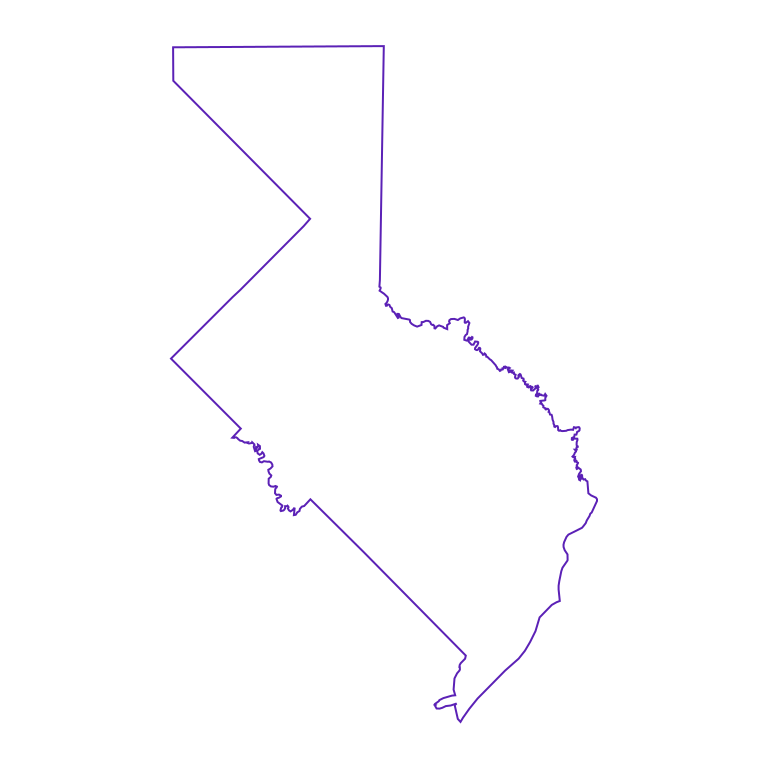 1ro. de Mayo, Chaco, Argentina
{"feature_id": "61730980B22683842441482", "entity_name": "1ro. de Mayo", "entity_type": "district", "adm_level": 2, "iso_a3": "ARG", "parent_name": "Argentina", "parent_adm1": "Chaco", "projection": "mercator", "projection_center": [-58.875, -27.18], "detail": "fine", "context": "isolated", "style": "outline", "palette": "violet", "viewbox_px": 768, "rotation_deg": 0, "n_neighbors": 0, "source": "geoboundaries", "source_scale": "gbopen_adm2", "svg_char_len": 6123}
<svg xmlns="http://www.w3.org/2000/svg" viewBox="0 0 768 768"><path d="M173.3,80.8L310.1,218.8L303.7,226.1L240.2,290.0L232.8,296.9L171.0,358.6L240.8,428.6L232.3,437.7L234.1,437.9L234.5,437.4L236.0,437.3L237.4,438.1L238.2,439.1L240.2,440.7L242.2,441.0L244.6,442.6L247.5,442.3L247.1,442.8L249.0,443.5L251.8,443.0L252.1,442.2L254.4,444.4L253.7,446.8L255.1,451.2L255.9,450.9L256.1,446.9L257.4,447.5L258.2,446.2L258.0,444.7L259.9,446.1L260.0,448.8L259.3,449.3L258.8,449.2L257.2,451.1L257.7,453.4L259.7,454.8L261.3,453.8L262.3,452.2L263.5,453.4L264.4,455.9L263.6,457.1L258.8,459.1L259.0,460.3L259.9,461.9L261.9,462.4L263.9,461.2L268.1,461.8L269.0,461.5L271.1,462.5L272.3,464.5L272.5,466.4L270.5,468.5L268.3,469.8L268.5,471.4L269.4,473.6L271.3,475.4L270.8,476.9L268.7,478.7L268.6,483.5L269.1,485.0L270.9,486.4L273.4,486.7L275.5,486.0L276.9,486.6L276.6,487.5L275.6,488.3L275.2,489.6L275.0,493.2L276.4,494.9L279.0,494.6L281.0,495.7L281.0,496.4L278.8,497.8L277.2,498.2L276.5,498.9L277.6,502.0L282.3,505.5L282.1,506.9L281.3,507.4L280.6,509.7L280.5,510.6L280.9,511.1L283.4,510.5L284.4,509.6L285.1,508.2L285.1,506.2L287.1,506.2L287.5,505.7L288.3,506.5L288.5,507.3L287.9,508.5L289.0,510.4L290.5,511.4L292.8,509.9L294.0,508.3L294.6,508.5L293.9,515.1L295.7,514.8L297.3,512.3L299.5,511.0L299.9,508.9L301.3,507.2L301.9,506.6L304.2,506.0L310.4,499.3L363.4,551.8L465.8,655.6L465.1,658.7L460.7,663.2L459.7,665.0L459.4,667.0L459.8,667.1L459.9,669.5L459.5,670.5L457.1,673.3L454.5,678.4L453.6,689.6L455.2,695.3L452.0,695.6L443.4,698.1L439.4,700.1L438.8,701.2L434.9,704.0L434.5,704.7L435.6,705.1L435.1,705.6L435.2,706.1L436.6,708.5L439.6,708.6L442.3,707.8L445.8,706.1L450.7,705.5L456.6,703.5L454.7,705.2L457.8,718.9L460.5,721.9L463.0,717.7L469.3,708.8L477.6,698.5L505.1,670.6L518.7,658.6L524.9,650.8L530.1,642.0L535.5,631.1L539.6,617.4L551.8,604.9L556.6,602.2L559.8,601.0L558.6,589.5L558.6,585.7L559.3,581.1L561.3,571.2L562.5,567.7L567.5,560.5L567.6,559.6L567.5,554.4L564.7,550.2L563.6,547.1L563.5,544.8L564.1,542.2L566.5,536.9L568.4,534.6L582.0,527.8L583.2,526.4L585.7,523.2L586.8,520.4L589.5,516.0L590.3,513.7L591.7,512.5L597.0,501.0L597.0,499.2L596.0,497.7L591.1,495.4L588.4,493.3L587.4,481.4L585.8,480.4L585.2,479.2L583.6,479.5L582.9,478.5L582.3,478.6L582.1,475.3L581.7,474.8L581.2,474.8L580.1,476.2L580.5,478.5L580.1,480.3L579.1,479.7L578.9,478.1L578.1,476.6L579.1,473.8L581.0,471.2L580.7,469.5L578.3,467.7L577.4,468.7L576.8,469.0L576.6,468.7L576.3,467.4L577.1,466.0L576.7,465.2L577.9,463.4L578.0,462.8L576.7,462.1L576.7,461.2L576.3,460.9L575.0,461.6L574.3,460.6L574.4,459.6L575.3,459.0L574.8,457.8L575.0,457.0L573.4,457.3L572.5,456.6L574.0,454.9L574.9,452.7L576.0,451.5L575.9,450.9L574.9,449.7L576.7,449.7L576.8,449.3L576.3,448.6L576.6,447.3L577.8,446.8L577.6,446.2L576.9,446.1L576.6,444.7L576.7,442.1L577.5,439.9L577.3,438.7L574.4,438.6L573.5,438.9L573.0,439.8L572.1,439.9L571.8,439.6L571.9,438.0L574.2,436.9L574.6,434.6L576.4,434.6L577.2,431.8L578.8,431.1L579.5,430.3L579.7,428.3L579.2,427.3L578.5,427.1L576.2,427.5L575.8,428.2L574.7,427.3L573.9,427.2L573.1,429.8L571.0,429.6L567.6,430.1L566.2,430.8L562.5,431.1L561.0,430.9L560.2,430.2L559.1,430.8L558.2,430.1L558.0,427.2L557.5,426.1L556.0,426.1L555.1,427.0L554.3,426.6L554.1,424.5L553.5,423.8L553.5,421.9L552.6,419.8L552.1,416.4L551.6,414.8L550.0,414.5L549.4,412.3L548.6,411.9L549.0,411.2L548.9,410.1L548.0,408.9L547.2,408.8L545.9,409.5L545.5,409.3L545.6,408.4L543.3,407.3L543.4,405.7L542.6,405.1L542.0,404.0L540.3,403.6L541.1,402.4L540.4,401.7L540.3,400.9L544.8,400.4L545.3,400.1L545.3,397.8L546.5,395.8L545.2,394.0L544.3,395.7L541.6,395.2L541.2,394.7L539.7,395.1L539.5,393.8L539.1,393.6L538.3,394.4L538.0,396.4L537.0,396.4L535.8,395.8L536.0,394.5L537.0,393.7L537.3,390.8L538.1,390.1L538.2,389.6L537.7,389.3L537.5,388.5L538.6,387.3L537.9,385.7L537.4,385.7L537.1,386.3L536.5,386.5L535.5,386.2L535.3,386.7L536.0,387.3L535.8,388.0L533.1,390.5L531.2,390.4L530.9,389.9L531.0,388.6L531.8,388.4L532.6,387.3L532.2,386.9L531.0,387.1L530.5,386.1L529.1,386.4L529.3,387.2L528.8,387.5L527.2,386.9L527.1,385.9L527.8,384.5L526.6,384.3L525.7,384.6L525.0,384.1L524.9,382.4L525.3,381.8L523.7,381.3L523.2,380.6L523.7,379.6L523.5,378.6L521.7,378.0L520.6,374.5L519.9,374.0L518.6,375.0L518.4,375.7L518.9,375.9L518.9,376.9L517.7,378.5L516.1,378.5L515.4,378.1L515.0,377.2L515.6,374.7L514.1,374.1L513.9,372.5L512.3,372.8L511.5,372.2L512.5,370.6L510.2,370.4L509.9,370.8L509.9,371.9L508.9,372.2L507.9,369.5L509.7,368.0L508.9,367.5L507.2,367.6L506.3,367.1L506.0,367.8L505.4,368.0L505.0,366.6L503.9,366.8L503.5,368.1L502.6,368.3L502.9,369.2L502.7,369.5L501.1,369.5L500.6,370.6L499.9,370.9L498.8,369.4L497.2,368.7L497.1,367.4L496.3,366.6L495.8,365.4L491.2,360.2L489.8,359.3L487.3,356.8L486.3,356.7L486.0,355.0L485.2,353.9L484.6,353.5L484.1,354.6L482.9,354.8L482.3,353.5L480.0,351.3L480.3,348.6L479.8,347.9L479.1,347.8L477.8,349.8L477.0,350.1L476.1,349.9L475.0,349.2L475.1,348.0L477.7,344.5L478.2,343.1L478.2,342.2L477.7,341.8L475.1,341.5L473.5,344.7L471.5,344.7L468.4,341.3L468.4,340.7L469.4,339.4L470.9,339.7L471.7,339.4L472.4,338.5L472.5,337.3L472.0,337.0L471.2,338.3L469.6,337.6L468.7,337.6L467.3,340.3L466.6,340.6L464.3,339.8L464.5,336.9L465.7,335.0L467.0,334.1L467.7,330.9L467.5,330.1L468.2,328.5L468.1,326.8L469.4,323.0L468.0,321.2L466.0,322.7L465.1,322.8L464.7,322.3L464.9,319.0L464.5,317.9L463.8,317.4L460.2,318.4L457.9,320.0L454.4,318.9L452.0,319.0L450.9,319.1L449.4,320.2L449.1,321.5L449.8,323.2L447.1,325.1L447.2,329.1L443.6,327.7L443.2,326.9L439.1,325.4L437.2,326.3L435.3,328.5L434.5,328.3L434.4,325.9L433.2,324.8L432.5,325.0L431.2,324.3L430.1,321.9L428.3,320.9L425.9,320.8L423.4,322.0L421.7,322.1L421.5,325.0L417.1,326.6L414.1,325.4L411.6,323.8L410.1,322.0L409.9,320.0L409.4,319.6L401.6,318.1L400.6,317.2L398.9,314.0L398.4,313.9L397.6,313.9L398.5,317.7L397.9,318.0L394.2,312.2L392.6,311.5L391.8,308.2L390.2,306.8L389.4,304.9L388.2,304.5L387.4,304.8L386.9,305.7L386.0,305.8L385.4,304.0L386.7,302.7L387.5,301.2L388.0,299.6L388.0,298.3L387.5,297.0L384.1,293.8L379.6,290.7L380.6,288.5L380.6,287.5L379.4,286.7L379.9,280.1L383.8,46.1L173.1,47.3L173.3,80.8Z" fill="none" stroke="#5b21b6" stroke-width="2"/></svg>